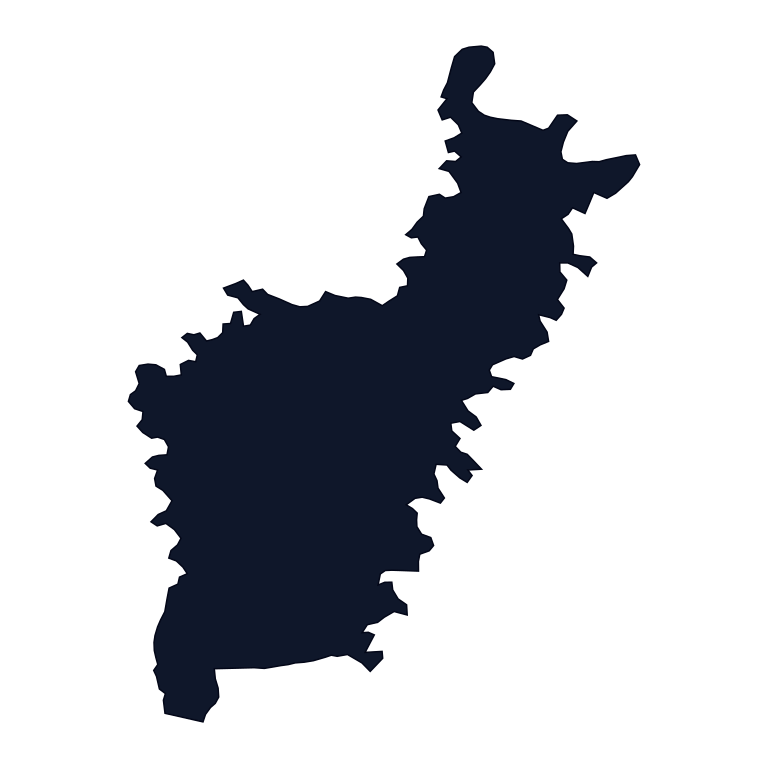 Braganey, Paraná, Brazil (Mercator projection)
{"feature_id": "56859067B30256508562253", "entity_name": "Braganey", "entity_type": "district", "adm_level": 2, "iso_a3": "BRA", "parent_name": "Brazil", "parent_adm1": "Paraná", "projection": "mercator", "projection_center": [-53.08, -24.789], "detail": "fine", "context": "isolated", "style": "filled", "palette": "ink", "viewbox_px": 768, "rotation_deg": 0, "n_neighbors": 0, "source": "geoboundaries", "source_scale": "gbopen_adm2", "svg_char_len": 4028}
<svg xmlns="http://www.w3.org/2000/svg" viewBox="0 0 768 768"><path d="M576.9,121.0L567.4,114.8L557.5,115.2L548.6,128.2L543.0,130.3L521.1,121.0L511.3,120.3L497.6,118.7L490.3,117.2L484.3,115.2L478.4,111.3L471.8,102.7L473.4,92.1L480.6,84.4L485.6,78.6L490.4,71.8L494.7,63.8L493.1,52.3L487.2,47.2L481.2,46.1L469.0,47.2L462.2,49.3L454.6,56.6L451.4,67.6L447.4,82.8L443.6,90.1L441.1,96.9L447.0,98.7L438.0,110.0L442.2,119.9L450.6,117.2L458.3,124.8L461.8,133.1L453.9,137.9L445.2,141.0L448.4,152.5L454.6,151.1L461.2,156.9L455.6,161.5L446.6,160.8L439.2,168.6L449.0,171.4L457.6,183.1L461.1,192.5L453.6,196.7L445.2,198.1L439.4,194.3L428.9,196.6L424.2,208.7L423.4,216.2L417.2,222.1L411.9,229.4L405.7,234.7L411.3,237.8L417.9,237.0L421.3,243.7L426.6,250.1L424.5,256.7L416.6,257.0L409.7,257.4L403.4,259.2L396.9,264.0L403.5,270.5L407.8,278.1L407.5,285.8L399.7,287.4L397.4,295.8L388.7,301.3L382.3,305.7L370.7,299.3L361.3,297.5L355.5,297.1L348.2,298.2L335.0,295.5L325.6,291.6L319.6,301.0L307.7,306.4L299.8,306.8L292.0,304.6L279.2,298.9L267.6,294.4L262.6,289.2L252.2,291.6L247.9,285.1L243.4,280.1L235.6,283.6L223.5,288.1L227.7,295.1L237.9,297.8L243.4,304.6L248.1,308.9L260.1,314.3L254.1,318.6L250.3,325.1L243.5,326.2L241.3,311.4L233.7,312.3L230.5,323.5L223.1,324.0L222.7,332.6L217.7,337.6L212.3,339.6L206.5,341.0L199.9,333.0L193.9,334.8L187.3,333.4L181.9,337.6L187.6,342.1L192.7,350.3L197.3,354.8L195.7,361.7L188.5,360.4L180.3,364.5L181.3,374.9L173.8,376.3L166.3,376.3L164.4,369.4L155.9,364.8L148.0,364.1L139.2,365.5L135.6,371.7L139.2,383.5L135.6,390.8L130.4,394.6L128.4,401.4L134.6,408.7L143.0,411.5L142.2,419.7L137.0,426.1L142.8,432.5L151.6,438.2L157.6,437.1L164.4,439.5L168.5,446.8L167.0,454.8L158.7,455.4L152.4,457.0L145.2,463.4L150.2,468.2L157.6,470.0L154.6,478.5L156.0,486.1L162.8,490.3L172.0,500.7L166.3,510.8L158.2,514.5L151.0,521.8L157.2,525.9L165.9,523.4L174.4,529.6L181.0,538.3L177.5,544.9L171.0,550.5L168.8,558.1L176.3,560.9L182.9,567.1L187.3,573.7L179.5,577.1L177.9,584.1L169.1,588.1L167.0,599.1L164.8,611.7L160.6,619.9L157.6,626.8L155.0,635.5L154.0,642.4L154.3,650.6L155.9,657.6L157.8,664.5L153.7,670.4L156.5,676.4L159.4,689.0L165.4,693.6L163.4,700.2L165.0,713.3L203.0,721.9L205.5,714.4L210.5,707.5L215.3,703.3L218.7,697.1L218.1,688.1L215.3,678.8L214.3,668.7L254.1,667.7L264.4,668.4L271.0,667.3L280.8,665.6L288.2,664.6L295.2,662.9L304.2,662.2L313.4,660.7L325.4,657.2L331.3,655.2L337.2,656.3L347.5,654.5L361.9,662.9L370.2,671.4L376.7,664.6L382.7,658.3L382.1,651.4L365.1,652.4L374.3,634.9L368.3,632.3L362.1,632.7L367.3,624.7L377.7,622.3L384.3,617.2L394.1,611.5L407.2,615.0L406.6,604.8L398.1,598.9L392.7,589.9L391.8,582.2L384.7,582.3L378.1,585.0L380.3,574.0L385.3,570.5L391.8,570.2L401.9,570.5L418.5,571.1L418.4,561.4L419.8,554.2L429.2,550.8L433.6,545.5L430.8,537.6L421.6,534.2L416.9,526.7L416.6,519.9L417.2,513.1L412.5,508.6L406.2,504.8L415.1,498.3L422.2,497.2L429.4,498.9L440.4,503.1L444.4,498.0L438.0,488.1L437.0,480.6L433.9,474.0L436.1,464.3L447.0,465.0L451.0,470.2L459.8,477.9L467.2,482.4L472.1,475.5L467.8,470.0L481.5,469.2L474.3,461.6L467.2,454.3L460.8,452.2L455.2,446.4L460.0,438.5L451.8,430.9L450.8,423.2L460.0,421.5L473.8,430.2L481.0,425.4L476.2,417.0L468.0,410.9L461.4,400.4L467.8,398.3L475.5,393.9L487.8,392.5L493.1,386.2L501.0,389.7L510.4,389.3L513.9,383.5L505.9,379.6L498.2,378.0L491.6,376.7L489.3,370.1L492.5,364.8L505.9,358.9L514.1,356.5L522.5,359.0L530.5,355.3L533.3,348.9L540.1,344.9L548.6,341.4L547.1,332.1L540.1,321.1L538.6,314.7L550.2,317.6L556.2,320.3L561.5,314.3L564.1,308.1L557.4,299.5L564.1,288.8L566.8,280.1L559.9,271.9L559.7,262.9L567.8,262.9L577.9,267.5L587.8,276.4L591.6,267.1L596.6,262.9L589.8,257.0L579.7,255.7L573.1,254.3L573.5,246.1L571.8,234.0L568.5,228.5L561.3,218.8L568.1,214.3L572.5,207.8L585.0,213.5L589.2,203.6L593.8,192.5L607.0,198.3L615.6,193.2L628.3,181.8L632.4,176.7L639.6,164.6L635.5,154.9L626.2,155.6L620.2,156.9L606.4,159.7L599.2,161.7L592.3,161.5L576.6,163.5L567.8,162.8L562.4,159.3L560.9,151.8L563.4,142.1L567.8,131.3L576.9,121.0Z" fill="#0f172a" stroke="#020617" stroke-width="1.5"/></svg>